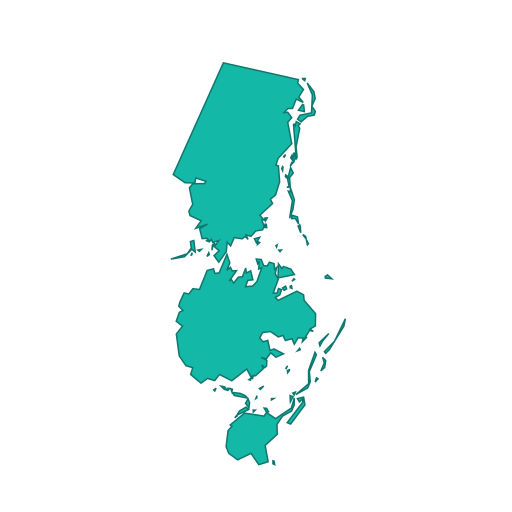 Marovo, Western, Solomon Islands (Robinson projection), rotated 42°
{"feature_id": "97153195B98406832943487", "entity_name": "Marovo", "entity_type": "district", "adm_level": 2, "iso_a3": "SLB", "parent_name": "Solomon Islands", "parent_adm1": "Western", "projection": "robinson", "projection_center": [157.974, -8.525], "detail": "fine", "context": "isolated", "style": "filled", "palette": "teal", "viewbox_px": 512, "rotation_deg": 42, "n_neighbors": 0, "source": "geoboundaries", "source_scale": "gbopen_adm2", "svg_char_len": 6220}
<svg xmlns="http://www.w3.org/2000/svg" viewBox="0 0 512 512"><g transform="rotate(42 256 256)"><path d="M102.5,134.3L140.0,250.9L154.3,249.0L161.7,242.7L159.1,238.3L168.8,234.0L169.4,236.5L160.7,244.6L160.9,249.9L174.4,260.0L176.1,267.6L179.9,270.1L191.7,266.5L192.7,275.8L198.6,264.8L195.8,273.4L204.4,279.1L207.7,275.6L210.6,275.9L208.3,278.0L211.9,276.7L211.7,273.5L214.8,274.9L218.0,269.4L218.8,276.9L225.1,276.8L224.5,283.8L232.5,285.5L231.0,272.6L225.3,265.0L230.4,265.5L227.5,256.9L234.2,252.5L235.0,248.6L239.0,249.0L234.5,247.0L239.1,244.7L239.1,237.5L243.4,232.1L242.0,228.3L236.4,225.5L235.9,224.3L238.7,224.0L231.6,223.1L233.2,205.9L228.7,204.2L229.7,197.5L223.8,184.9L212.3,174.0L210.0,175.1L207.1,168.6L207.4,148.6L190.1,135.4L190.0,129.3L183.4,127.9L180.9,130.6L181.0,125.1L184.4,121.9L180.9,112.5L188.3,110.3L181.4,109.2L179.9,100.5L171.4,99.7L169.4,96.6L102.5,134.3ZM349.0,273.7L345.0,274.1L346.9,268.2L338.9,259.0L321.5,256.8L317.3,253.0L309.9,254.8L302.1,274.2L298.1,273.8L299.7,269.0L297.5,263.9L294.5,265.1L296.5,269.5L293.6,272.0L288.1,258.4L282.1,256.2L279.0,250.7L278.8,253.5L274.5,249.6L270.1,251.7L271.0,255.9L268.1,258.0L262.2,255.1L258.2,258.1L262.4,260.6L261.8,258.8L262.0,258.4L262.4,258.1L266.7,263.9L268.1,260.9L273.8,274.4L273.6,280.6L268.8,285.8L266.2,279.7L269.6,275.8L262.0,270.6L260.2,275.1L256.4,271.8L259.8,280.5L257.0,283.5L257.5,291.1L253.4,289.9L252.9,292.5L251.3,279.9L248.2,283.0L244.6,281.5L244.0,286.2L241.2,278.7L233.3,274.2L239.9,293.2L237.0,296.5L233.0,293.9L229.4,299.4L236.4,318.7L231.0,322.5L231.5,329.2L227.3,331.5L230.2,341.0L232.2,345.0L238.2,345.4L236.7,349.1L240.4,357.9L248.3,357.3L249.0,367.3L265.8,381.6L277.4,384.4L283.7,381.3L286.7,387.8L300.2,387.3L301.9,379.4L308.7,376.2L308.1,368.5L321.5,364.9L324.8,346.2L332.5,349.0L335.8,345.2L336.8,334.9L333.2,333.0L337.2,333.2L337.5,330.7L333.9,326.3L327.7,327.9L332.5,325.6L331.7,318.1L338.5,317.9L341.9,310.3L331.6,313.0L329.6,316.8L321.2,310.8L318.7,315.0L313.5,314.5L312.1,308.4L317.4,302.4L326.8,301.2L329.2,296.9L334.4,299.2L338.1,293.4L343.5,295.9L342.0,288.5L347.2,284.6L345.6,275.4L349.0,273.7ZM402.7,400.8L389.5,390.6L391.1,374.3L384.3,367.1L382.8,357.2L386.2,347.5L384.1,341.2L379.4,335.8L384.0,345.3L379.4,363.7L368.6,365.3L369.1,369.6L352.6,380.4L349.9,398.8L352.0,398.5L352.1,404.5L361.3,417.6L367.8,420.9L378.7,419.8L384.4,406.0L397.7,409.2L402.7,400.8ZM205.0,112.4L203.4,108.8L197.3,107.4L194.6,99.3L189.0,95.1L178.3,93.2L190.0,98.5L201.5,112.5L194.5,121.9L195.3,126.5L199.8,126.1L200.8,117.8L205.0,112.4ZM297.0,244.1L290.7,242.4L283.4,245.5L283.6,248.0L277.9,246.8L287.1,257.5L297.0,244.1ZM221.4,157.3L220.2,154.8L212.9,148.3L203.0,131.8L200.2,131.0L200.3,128.2L196.0,129.2L198.0,132.8L196.3,132.3L195.8,133.1L221.4,157.3ZM394.2,357.7L392.0,333.9L385.8,329.0L382.2,334.2L386.0,335.4L386.2,330.7L388.6,333.6L390.7,359.0L394.2,357.7ZM208.2,293.7L199.4,286.1L197.6,289.2L202.6,293.4L203.4,300.4L194.8,315.3L203.3,304.4L203.8,294.0L208.2,293.7ZM382.7,319.6L380.5,313.2L372.9,306.1L367.0,289.0L364.3,288.1L371.6,305.8L380.6,315.8L378.3,332.3L382.7,319.6ZM373.2,276.6L368.3,249.4L364.4,242.8L371.4,266.9L370.8,281.3L372.9,281.7L373.2,276.6ZM255.7,205.4L252.1,196.3L246.8,188.5L235.1,181.8L238.8,185.1L236.6,186.2L246.1,190.6L255.7,205.4ZM344.7,367.3L341.3,367.0L336.3,368.6L329.6,373.3L333.2,374.2L344.7,367.3ZM235.2,181.7L228.6,175.4L228.2,169.5L222.5,167.1L228.3,177.9L234.1,182.2L233.0,184.4L235.2,181.7ZM353.3,375.0L349.7,375.0L347.4,382.1L348.3,387.0L353.3,375.0ZM195.3,116.3L190.4,111.9L189.2,112.3L190.0,119.3L195.3,116.3ZM221.2,160.9L219.3,156.4L215.0,153.6L218.9,159.9L215.3,157.1L216.1,159.8L221.2,160.9ZM352.2,373.4L349.4,369.3L345.7,367.6L346.8,372.5L352.2,373.4ZM381.6,292.9L377.8,287.1L373.4,286.7L378.3,289.8L381.1,298.0L381.6,292.9ZM266.2,203.7L260.7,199.2L255.4,201.6L257.5,204.4L260.2,201.8L266.2,203.7ZM379.1,341.3L377.6,335.7L374.7,336.9L379.1,341.3ZM300.8,260.0L298.2,258.6L297.1,262.0L299.8,262.7L300.8,260.0ZM363.7,280.0L362.4,274.8L362.0,264.9L361.0,278.3L363.7,280.0ZM327.6,222.2L321.8,222.2L321.1,224.9L322.3,226.0L327.6,222.2ZM384.3,310.1L384.3,305.7L382.5,306.1L384.3,310.1ZM323.8,375.3L320.2,374.2L317.1,376.1L321.5,376.3L323.8,375.3ZM219.8,289.1L220.4,286.2L218.7,285.2L219.8,289.1ZM369.5,363.3L365.8,362.1L363.8,363.6L368.3,365.0L369.5,363.3ZM247.4,245.9L246.2,239.7L243.3,244.2L247.4,245.9ZM219.4,281.2L216.7,276.3L217.8,276.2L218.4,274.6L216.7,274.5L216.3,277.1L219.4,281.2ZM347.8,288.6L348.1,282.0L347.3,286.1L346.5,286.4L347.8,288.6ZM273.7,208.8L269.4,204.6L267.6,203.6L267.3,205.6L273.7,208.8ZM245.0,227.7L242.4,225.6L241.5,226.1L243.4,229.0L245.0,227.7ZM239.6,223.6L238.8,220.1L237.1,222.1L239.6,223.6ZM335.5,349.4L334.2,347.0L333.8,349.8L335.5,349.4ZM315.7,383.9L314.8,380.9L314.2,383.9L315.7,383.9ZM299.6,250.7L300.3,247.5L299.4,247.5L299.6,250.7ZM351.6,296.1L350.2,295.4L350.3,298.6L351.6,296.1ZM377.3,333.8L376.3,330.8L375.1,333.2L377.3,333.8ZM353.8,319.4L352.9,316.4L353.3,319.4L353.8,319.4ZM328.8,373.0L327.6,370.8L326.2,371.6L328.8,373.0ZM409.5,398.6L406.7,396.3L405.6,396.8L407.6,399.1L409.5,398.6ZM286.8,213.3L286.8,211.8L282.2,210.0L286.8,213.3ZM270.9,236.7L270.9,234.5L269.0,236.4L270.9,236.7ZM207.5,298.1L206.4,296.3L207.2,299.3L207.5,298.1ZM227.1,177.4L225.5,175.7L223.8,175.9L224.6,177.3L227.1,177.4ZM363.8,352.6L364.6,350.0L362.9,351.6L363.8,352.6ZM325.0,374.2L325.1,372.0L323.4,373.4L325.0,374.2ZM351.6,360.9L350.1,359.2L351.3,362.1L351.6,360.9ZM357.6,321.6L357.5,318.7L356.9,318.2L356.0,320.1L357.6,321.6ZM282.0,209.7L279.7,208.2L277.1,208.6L277.3,209.1L282.0,209.7ZM358.4,373.7L358.6,371.0L357.0,372.4L358.4,373.7ZM210.8,163.7L210.1,160.8L209.9,163.6L210.8,163.7ZM265.3,235.6L264.3,233.6L263.9,235.1L265.3,235.6ZM335.0,351.9L334.1,350.1L333.5,352.6L335.0,351.9ZM174.9,93.1L173.9,91.1L171.9,92.8L172.5,93.2L174.9,93.1ZM348.5,352.3L348.8,347.4L347.2,352.3L348.5,352.3ZM249.4,246.4L249.7,243.5L247.9,244.1L249.4,246.4ZM304.4,256.0L302.2,254.3L301.6,255.3L302.6,256.7L304.4,256.0ZM221.3,166.2L221.0,162.0L220.0,162.5L221.3,166.2ZM218.7,174.8L216.6,171.9L216.0,171.7L216.5,173.8L218.7,174.8ZM348.5,390.4L349.0,387.8L348.3,388.1L348.5,390.4ZM210.8,290.4L211.0,287.6L208.8,290.5L210.8,290.4Z" fill="#14b8a6" stroke="#0f766e" stroke-width="1.5"/></g></svg>